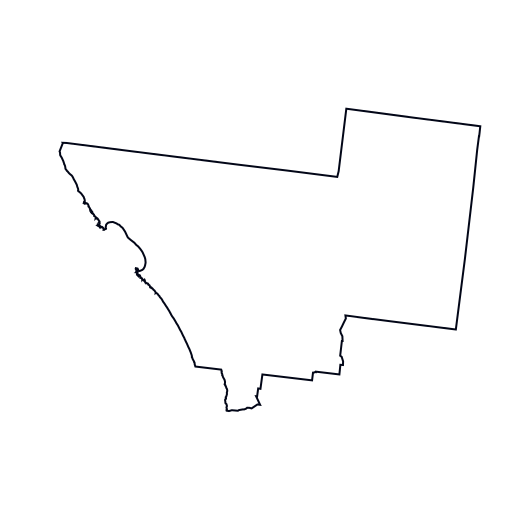 the district of Wattle Range, South Australia, Australia, rotated 7°
{"feature_id": "25037944B1081142143908", "entity_name": "Wattle Range", "entity_type": "district", "adm_level": 2, "iso_a3": "AUS", "parent_name": "Australia", "parent_adm1": "South Australia", "projection": "mercator", "projection_center": [140.154, -37.508], "detail": "fine", "context": "isolated", "style": "outline", "palette": "ink", "viewbox_px": 512, "rotation_deg": 7, "n_neighbors": 0, "source": "geoboundaries", "source_scale": "gbopen_adm2", "svg_char_len": 5715}
<svg xmlns="http://www.w3.org/2000/svg" viewBox="0 0 512 512"><g transform="rotate(7 256 256)"><path d="M463.7,233.9L463.3,162.0L462.6,123.6L462.7,109.9L462.9,109.9L462.9,106.7L462.8,99.9L462.7,99.9L395.8,99.5L327.7,98.8L327.7,161.8L327.0,167.6L276.1,167.4L226.3,167.5L122.3,167.2L54.0,166.9L50.3,167.2L50.5,167.5L48.3,176.1L48.9,177.3L49.3,179.5L49.5,180.0L51.2,182.1L53.4,185.7L53.6,186.3L54.3,187.6L54.4,188.2L54.9,188.8L55.5,189.9L56.0,191.5L56.2,192.5L56.6,193.1L57.5,193.9L58.0,194.6L58.7,195.0L60.1,196.4L61.4,197.4L63.2,198.5L64.0,199.3L65.0,200.7L65.7,201.9L67.3,204.0L69.4,207.1L70.2,209.1L71.2,210.9L71.5,212.1L71.4,212.8L71.6,213.1L71.8,213.4L72.8,213.8L74.9,215.3L77.8,218.4L78.4,219.7L78.9,220.5L79.4,222.3L79.4,222.7L79.1,222.8L78.9,223.0L79.0,223.2L79.0,223.5L78.7,223.7L78.7,223.9L79.1,223.7L79.3,224.0L79.2,224.2L78.8,224.1L78.7,224.3L79.5,224.5L79.3,224.9L79.4,225.0L79.5,225.0L79.5,224.7L79.8,224.6L79.9,224.4L80.7,224.4L80.8,224.2L81.4,224.3L81.5,224.5L81.9,224.4L82.8,225.0L83.6,226.3L83.7,226.5L83.7,227.3L84.3,227.6L84.6,228.2L85.4,229.0L85.7,229.6L85.6,229.9L85.8,230.1L85.8,230.3L86.2,230.3L86.6,230.6L86.5,230.8L86.2,231.0L86.2,231.4L86.3,231.4L86.3,231.1L86.7,231.2L86.9,231.0L87.2,231.3L87.2,231.5L87.1,231.8L87.8,232.3L87.6,232.5L87.9,232.6L88.0,232.8L88.0,233.0L87.8,232.9L87.7,233.0L88.0,233.1L88.2,232.9L88.3,233.3L88.1,233.3L88.1,233.5L88.5,233.5L88.8,233.8L89.0,233.7L89.2,233.8L89.4,234.1L89.4,234.3L90.1,234.7L90.5,235.5L90.5,236.0L91.6,236.4L92.0,236.8L92.3,237.4L92.2,237.7L92.2,238.1L92.5,237.7L93.0,238.0L93.0,237.8L93.1,237.7L93.3,237.9L93.9,237.9L94.1,238.1L95.1,239.1L95.4,239.7L96.5,240.8L96.5,241.1L96.3,241.4L96.5,241.4L96.5,241.7L96.6,242.1L96.8,242.2L96.9,242.4L96.5,243.0L96.1,243.0L96.0,242.8L96.0,243.0L96.5,243.2L96.6,243.8L96.3,244.1L96.1,243.9L95.8,244.1L95.7,243.8L95.4,243.8L95.5,244.1L95.2,244.4L95.4,244.4L95.4,244.7L95.1,245.1L95.3,245.2L95.4,244.8L96.2,245.0L95.9,244.6L96.3,244.4L96.7,244.4L97.3,244.8L97.7,245.5L97.8,245.8L97.6,245.8L97.4,245.5L97.2,245.0L97.0,244.7L96.7,244.6L97.0,244.9L97.2,245.4L97.1,245.6L96.7,245.5L96.8,245.8L96.6,245.8L96.4,246.3L97.0,245.8L97.4,246.1L97.5,246.3L97.5,246.6L97.8,246.9L98.1,246.8L98.0,246.6L98.3,246.4L98.1,246.1L98.2,245.9L98.7,245.9L98.8,246.1L99.1,245.8L99.7,245.9L100.7,246.6L101.3,247.7L101.5,248.1L101.9,248.4L101.8,248.6L102.0,248.6L102.4,248.1L103.8,247.3L103.8,246.9L103.3,246.4L103.3,245.5L103.4,244.8L103.4,243.4L103.8,242.6L104.4,241.8L105.3,240.9L107.2,240.2L109.1,239.8L109.9,239.7L113.7,240.7L114.9,241.4L116.5,241.7L118.2,243.2L119.0,243.6L120.3,244.5L123.1,247.8L126.3,252.9L126.9,253.5L129.8,255.4L133.7,257.7L135.8,259.6L137.8,260.8L140.2,263.0L142.4,265.4L143.2,266.5L145.7,270.7L146.5,272.6L147.2,275.8L147.2,277.1L147.1,277.9L147.1,278.5L146.8,280.3L145.9,282.5L144.9,283.6L143.1,284.7L142.1,285.1L141.4,285.1L140.7,284.2L140.5,283.6L140.2,283.5L140.1,283.3L139.8,283.3L139.7,282.9L139.2,283.0L138.5,282.7L138.3,282.7L138.3,283.1L138.2,283.3L138.4,283.5L138.4,283.9L138.8,284.4L139.4,284.6L139.2,285.4L139.8,285.2L139.8,285.5L139.7,285.6L139.8,285.8L139.9,285.6L139.6,286.2L140.0,286.5L139.6,286.8L140.2,286.8L140.3,287.0L140.0,287.3L140.4,287.6L140.2,287.8L140.3,287.9L140.1,288.3L140.1,289.0L140.5,289.2L140.6,289.4L141.1,289.8L141.2,289.4L141.1,289.2L142.5,289.2L142.8,289.5L142.8,289.8L143.1,289.5L143.3,289.7L143.2,290.3L143.4,290.3L143.5,290.7L144.0,291.0L143.9,291.3L143.9,291.8L145.2,291.9L145.7,292.2L145.7,292.6L145.9,293.4L146.1,293.0L146.8,293.5L147.4,293.5L147.6,293.8L148.2,293.1L148.6,293.7L148.5,294.1L148.8,294.5L148.8,294.8L149.0,295.1L149.2,295.6L149.3,295.8L150.0,295.9L150.2,296.5L151.1,296.3L152.2,296.6L152.5,297.0L152.5,297.5L153.1,297.8L153.6,297.9L154.0,298.2L154.5,299.2L154.6,299.7L154.7,299.9L155.2,299.8L155.3,300.0L155.8,300.0L155.9,300.5L156.1,300.6L156.3,300.4L156.9,300.6L157.8,301.4L158.2,301.9L159.4,302.6L160.6,304.0L160.9,304.5L160.9,304.9L161.0,304.8L161.8,304.9L162.2,305.2L163.0,305.7L163.6,306.3L164.1,307.0L164.9,307.4L165.6,308.5L167.3,309.9L168.5,311.4L169.2,312.5L170.9,314.3L173.1,317.0L174.2,318.1L174.3,318.4L176.9,321.6L177.8,323.0L178.1,323.2L178.8,324.4L180.1,326.1L182.0,328.1L184.3,331.1L185.2,332.4L186.9,334.4L189.9,338.9L190.9,340.1L193.2,343.8L194.9,346.2L195.3,347.1L196.2,348.4L196.5,349.0L198.1,351.4L199.9,354.5L201.3,356.6L202.1,358.1L202.9,359.5L204.3,362.4L204.5,363.0L204.7,363.4L204.6,363.9L204.7,364.3L205.3,365.0L205.6,365.8L207.3,368.2L207.6,368.7L207.6,369.1L208.0,369.4L208.4,371.1L209.3,373.1L235.3,373.0L236.1,374.6L236.1,374.9L235.9,375.2L236.1,375.6L236.2,376.3L236.4,376.8L236.7,377.0L236.9,377.6L237.2,378.3L237.1,378.6L237.4,378.8L237.9,380.0L238.8,381.3L239.8,382.6L240.2,383.6L240.6,384.7L240.7,385.9L240.6,386.5L240.7,386.8L240.6,387.0L240.8,387.1L241.1,388.0L241.4,388.1L241.5,388.6L241.8,388.8L242.3,389.7L242.5,390.4L243.3,391.4L243.8,392.7L243.9,393.6L243.7,395.2L244.0,396.6L243.6,399.1L243.4,399.5L243.2,399.7L243.2,400.5L243.5,400.7L243.6,401.2L243.4,401.7L242.9,402.3L242.9,402.9L243.3,404.2L243.4,404.9L243.7,405.9L244.7,406.6L245.4,408.3L245.4,408.9L245.1,409.7L245.5,410.9L245.8,411.6L245.8,412.4L245.5,412.6L245.7,413.1L248.1,413.2L250.8,412.0L256.9,411.8L257.9,411.0L261.5,409.9L263.0,409.7L264.8,408.7L265.7,407.7L267.9,407.5L270.2,407.8L275.5,403.2L278.2,403.2L273.2,395.2L274.2,395.2L274.3,387.2L276.6,387.3L276.8,372.8L326.8,372.6L326.8,364.8L327.8,364.6L328.8,364.0L329.6,364.0L329.6,363.5L353.2,363.4L353.0,353.7L355.6,353.6L355.3,350.0L353.3,345.6L351.7,344.7L351.6,329.9L352.3,329.8L351.5,325.1L349.5,322.1L348.5,319.2L349.9,315.5L351.4,311.0L352.8,307.1L352.0,304.1L379.9,304.4L380.1,304.3L395.5,304.4L463.3,304.6L463.7,233.9Z" fill="none" stroke="#020617" stroke-width="2"/></g></svg>